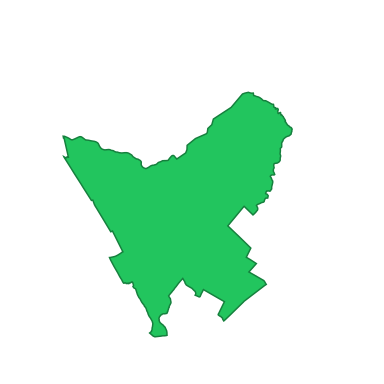 Magurele, Prahova, Romania, rotated 53°
{"feature_id": "2599482B52570992106417", "entity_name": "Magurele", "entity_type": "district", "adm_level": 2, "iso_a3": "ROU", "parent_name": "Romania", "parent_adm1": "Prahova", "projection": "natural_earth1", "projection_center": [26.057, 45.099], "detail": "fine", "context": "isolated", "style": "filled", "palette": "green", "viewbox_px": 384, "rotation_deg": 53, "n_neighbors": 0, "source": "geoboundaries", "source_scale": "gbopen_adm2", "svg_char_len": 6002}
<svg xmlns="http://www.w3.org/2000/svg" viewBox="0 0 384 384"><g transform="rotate(53 192 192)"><path d="M71.5,262.1L71.7,261.6L89.9,269.8L89.6,270.3L88.8,270.3L88.7,270.5L88.9,271.0L89.0,271.7L89.0,271.9L87.9,272.6L86.7,273.1L87.1,273.2L101.4,274.4L106.7,274.9L118.7,275.8L122.8,276.2L138.2,277.4L138.8,276.1L143.7,277.6L144.0,277.5L145.1,277.8L146.8,277.9L174.9,280.8L175.3,279.0L198.2,283.2L198.0,284.4L198.0,286.3L197.7,289.3L197.3,291.6L196.9,292.8L196.0,294.8L195.2,296.5L194.7,297.3L195.1,297.4L197.2,297.9L204.7,299.1L211.5,299.9L216.4,300.7L220.0,301.0L221.9,301.4L223.6,301.5L224.0,301.1L223.9,300.8L224.0,300.5L224.4,299.9L224.8,299.7L225.3,299.7L225.6,299.6L225.7,299.1L225.8,298.9L226.0,298.7L226.2,298.3L226.5,298.4L226.8,298.2L226.9,297.9L226.7,297.6L227.2,297.2L227.0,296.7L227.3,296.3L227.3,296.1L227.6,295.7L227.5,295.2L227.6,294.9L227.5,294.3L227.6,294.2L227.9,293.9L228.9,293.9L231.4,294.9L232.0,296.1L233.7,296.1L235.2,295.4L235.7,295.4L241.1,297.3L244.4,297.9L246.0,297.8L249.3,298.4L251.4,298.5L253.1,298.4L254.1,298.5L254.8,298.8L255.7,298.6L256.4,298.6L257.6,298.8L259.7,299.6L261.5,299.9L263.4,300.6L264.3,300.8L266.0,301.1L266.8,301.0L267.7,301.1L268.4,301.1L269.1,301.3L270.4,301.4L271.7,301.7L272.3,302.0L273.2,302.3L273.7,302.6L274.7,303.6L275.4,304.2L276.8,305.9L277.5,306.3L278.1,307.1L278.4,307.8L278.6,308.0L278.9,308.1L279.0,308.8L279.1,310.7L283.8,309.7L285.3,308.8L288.5,303.4L289.0,302.3L290.4,300.3L291.2,298.9L291.4,298.1L290.8,297.8L289.3,296.7L287.7,295.8L283.8,294.9L283.4,294.9L282.8,295.1L281.6,295.1L280.2,295.3L279.2,295.7L276.9,296.1L275.6,295.8L274.5,295.4L273.9,294.8L273.0,294.5L272.9,294.3L272.0,292.9L271.9,292.5L271.9,291.9L271.5,291.3L271.5,291.0L271.8,290.0L271.6,289.6L271.6,289.3L272.1,288.0L273.1,286.7L273.2,286.1L273.5,285.8L273.8,285.2L273.7,284.8L273.4,284.3L273.2,284.2L273.2,283.9L272.8,283.6L272.7,283.0L272.1,282.5L271.7,281.7L270.5,280.3L270.5,279.8L269.8,279.2L269.3,278.4L268.1,275.9L267.7,275.4L266.8,274.8L266.4,274.7L265.9,274.4L264.2,273.5L262.0,273.4L260.9,273.2L260.1,270.2L259.9,268.9L259.4,267.3L259.0,265.3L258.3,263.3L258.0,261.8L256.8,257.7L256.2,255.1L255.5,251.4L259.2,251.8L260.9,252.4L262.9,252.5L264.8,251.8L268.9,250.0L269.7,249.9L271.4,249.7L273.5,249.3L275.0,249.9L275.4,250.1L275.8,250.5L276.3,251.6L278.3,250.4L280.0,249.5L280.2,249.3L280.4,248.9L280.3,248.3L278.8,245.7L277.6,243.1L277.3,242.7L276.8,241.6L299.1,232.1L305.1,243.8L305.3,244.4L305.7,244.9L306.0,245.0L307.1,244.7L308.0,244.4L308.8,243.9L309.9,243.9L310.7,243.5L312.4,244.1L314.1,244.2L314.0,242.6L313.2,235.7L310.8,217.1L310.7,216.7L310.6,216.0L310.4,190.2L310.5,188.3L309.0,188.2L306.9,187.9L305.8,188.0L290.1,194.7L287.9,183.7L281.5,186.0L276.8,187.9L272.2,178.8L257.0,181.1L240.6,183.8L234.8,159.3L234.8,159.0L247.0,157.1L247.0,156.4L246.6,153.4L246.0,151.3L246.0,150.9L245.7,150.3L245.0,149.6L244.3,149.2L243.8,149.0L241.6,148.7L241.4,148.3L241.5,146.6L242.0,145.0L242.3,143.0L243.1,141.0L243.1,140.8L243.1,140.3L243.0,140.1L241.9,138.7L241.3,137.3L241.3,136.8L242.4,135.2L242.0,134.7L241.4,134.1L241.0,133.5L240.8,133.4L239.1,133.3L238.5,133.7L238.3,133.9L237.5,134.1L236.9,133.3L236.4,132.4L236.2,131.9L236.2,131.7L236.9,130.8L237.4,129.9L238.1,129.5L238.2,129.3L238.3,128.8L238.2,128.3L237.8,127.8L237.6,126.8L237.5,126.5L236.6,125.9L235.5,124.9L234.5,123.6L233.1,121.9L231.8,120.9L231.4,121.0L230.7,120.9L228.3,120.2L226.8,120.2L226.5,119.9L226.4,119.5L226.3,118.6L226.4,118.0L227.7,116.3L227.8,116.1L227.8,115.4L226.1,114.9L224.8,114.7L224.4,114.5L223.1,113.6L222.6,112.9L222.2,112.0L222.0,111.8L220.3,111.0L219.3,110.1L219.0,109.8L218.9,109.4L218.9,109.1L219.1,108.5L220.2,106.5L220.3,105.7L220.4,104.9L220.3,103.9L219.9,102.8L219.6,102.4L217.8,101.0L217.5,100.5L216.8,99.7L216.2,99.3L215.7,99.1L214.9,98.9L214.5,98.7L212.3,96.6L210.5,95.4L210.3,95.2L210.2,94.5L210.2,93.8L210.0,93.3L209.4,92.8L207.0,91.0L206.7,90.7L206.1,89.3L205.8,88.4L205.2,87.9L204.8,86.9L204.6,84.4L204.8,82.9L205.6,80.5L205.5,78.5L205.5,78.2L205.2,77.8L204.6,77.2L203.6,75.7L202.3,74.7L202.1,74.2L200.9,74.0L200.0,74.1L199.6,74.3L199.1,74.7L197.7,74.8L196.0,75.4L192.4,75.1L192.2,75.1L191.9,75.3L191.6,75.1L191.4,74.6L191.2,74.5L190.7,74.3L187.5,74.0L186.7,73.8L185.9,74.0L184.5,73.9L184.2,74.0L184.2,74.5L182.8,74.3L182.4,73.7L181.8,73.5L181.6,73.6L181.3,75.8L181.0,75.9L178.7,74.7L178.6,74.1L178.4,73.8L178.0,73.5L177.5,73.4L176.9,73.3L176.6,73.6L176.5,74.3L176.3,75.0L176.1,75.3L175.9,75.4L175.5,75.1L175.4,74.5L175.1,74.5L173.8,75.3L173.4,75.5L172.5,75.0L172.0,74.6L171.0,74.2L170.0,75.3L169.6,75.5L166.4,76.8L163.5,78.2L163.2,78.5L162.2,79.7L162.0,79.9L160.9,80.3L159.5,80.4L158.2,80.9L157.9,80.9L156.8,81.4L155.9,81.9L154.4,83.1L153.0,83.9L152.1,84.7L149.9,83.5L148.9,85.0L147.9,85.9L146.3,87.0L144.8,90.4L144.1,92.7L148.0,109.8L146.6,131.0L150.2,135.7L150.8,141.1L153.8,144.1L154.1,145.6L151.4,157.1L151.8,167.8L155.1,170.5L157.0,173.5L156.5,184.3L152.2,184.6L151.6,184.9L151.1,185.7L151.0,186.3L151.0,186.8L151.6,189.7L152.3,191.7L152.3,192.2L151.4,193.7L149.4,196.5L149.2,197.3L149.0,198.6L148.2,201.0L148.2,201.6L148.4,202.5L148.4,203.2L148.4,204.2L148.0,205.0L147.7,206.1L146.8,207.6L146.5,208.5L146.3,209.3L146.2,211.5L146.0,212.9L145.7,214.4L145.4,214.9L143.9,215.9L142.6,216.4L141.8,216.5L140.6,216.4L139.6,216.1L139.0,215.7L137.6,214.5L136.8,214.3L135.7,214.4L133.2,215.4L132.1,216.5L131.1,216.9L128.3,217.9L126.1,217.9L122.9,219.2L122.1,219.8L121.2,220.6L120.1,222.1L118.6,224.6L117.0,226.3L115.2,227.6L114.3,228.7L113.7,229.1L112.7,229.6L112.0,229.8L111.5,230.1L110.2,231.3L109.7,231.7L108.9,232.0L108.2,232.7L107.6,233.5L106.1,236.0L105.7,236.5L104.4,237.5L103.5,238.0L102.8,238.2L101.8,238.4L99.8,238.3L97.5,237.8L96.5,237.7L95.6,237.9L94.0,238.6L92.8,239.5L90.3,241.9L88.6,243.3L86.3,245.7L83.7,246.4L82.0,246.9L81.2,247.3L80.7,247.8L80.3,248.3L79.9,249.5L79.0,253.8L78.5,255.7L78.2,256.4L77.5,257.0L77.0,257.3L75.9,257.6L73.7,258.6L72.7,259.2L70.9,260.2L69.9,261.3L71.5,262.1Z" fill="#22c55e" stroke="#15803d" stroke-width="1.5"/></g></svg>